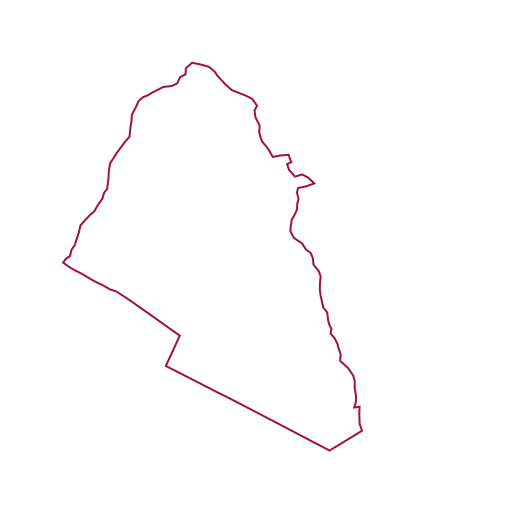 outline of Içara, Santa Catarina, Brazil, rotated 300°
{"feature_id": "56859067B6468412631318", "entity_name": "Içara", "entity_type": "district", "adm_level": 2, "iso_a3": "BRA", "parent_name": "Brazil", "parent_adm1": "Santa Catarina", "projection": "natural_earth1", "projection_center": [-49.261, -28.768], "detail": "fine", "context": "isolated", "style": "outline", "palette": "rose", "viewbox_px": 512, "rotation_deg": 300, "n_neighbors": 0, "source": "geoboundaries", "source_scale": "gbopen_adm2", "svg_char_len": 1728}
<svg xmlns="http://www.w3.org/2000/svg" viewBox="0 0 512 512"><g transform="rotate(300 256 256)"><path d="M157.7,435.2L162.4,429.7L171.2,424.2L177.2,421.1L173.9,416.8L180.0,415.3L185.0,412.4L191.5,407.2L197.0,404.1L201.0,400.0L205.1,391.6L207.2,381.4L213.7,378.1L216.8,374.2L220.6,370.5L223.9,365.6L226.2,359.3L230.5,357.8L233.4,353.5L236.8,350.3L242.7,345.9L244.9,340.2L253.9,331.8L259.4,327.7L264.7,324.9L270.6,322.2L274.1,318.2L277.3,310.1L282.8,306.1L286.0,301.7L286.6,296.0L289.9,289.6L290.6,279.8L294.7,273.3L298.9,271.4L305.1,268.8L312.0,268.8L317.0,268.2L321.9,265.6L327.1,264.1L331.3,259.8L335.9,258.4L341.6,264.8L348.0,270.2L350.0,261.5L349.7,255.2L344.2,250.0L347.1,241.6L351.1,237.0L354.9,239.6L359.9,233.6L355.5,227.2L350.2,220.9L354.7,213.3L358.5,203.4L364.5,197.1L370.7,194.0L375.9,186.1L381.2,182.0L386.6,181.8L390.2,174.2L389.7,166.3L388.8,160.7L387.6,152.1L389.3,143.6L391.1,138.1L392.6,132.9L395.0,128.0L396.3,120.8L394.3,112.7L391.4,104.0L383.5,101.4L378.1,104.1L372.9,100.9L366.0,101.4L361.0,97.9L355.9,91.0L350.0,87.3L345.9,84.6L341.2,82.1L337.3,78.9L331.6,76.8L325.4,77.5L320.9,77.7L315.9,78.0L310.2,80.9L303.0,83.6L296.2,86.8L289.5,85.5L275.3,83.8L270.8,83.8L263.7,83.3L257.0,85.6L250.8,88.8L239.6,93.6L234.9,92.8L229.1,94.3L221.7,93.6L213.7,93.6L208.2,91.6L202.0,90.2L194.7,88.7L187.9,90.8L180.7,92.3L174.8,93.6L169.1,93.1L163.1,94.9L158.2,92.7L153.8,92.3L153.0,101.2L153.1,106.9L153.5,114.2L153.3,125.5L153.5,130.9L154.1,138.2L154.1,146.2L155.5,153.0L155.0,161.3L154.4,170.5L153.5,180.3L152.1,196.2L150.3,214.8L148.9,229.8L115.7,232.9L117.1,259.8L118.5,288.4L119.1,298.2L119.6,306.6L120.0,315.9L120.5,326.3L124.3,417.0L138.8,424.9L157.7,435.2Z" fill="none" stroke="#9f1239" stroke-width="2"/></g></svg>